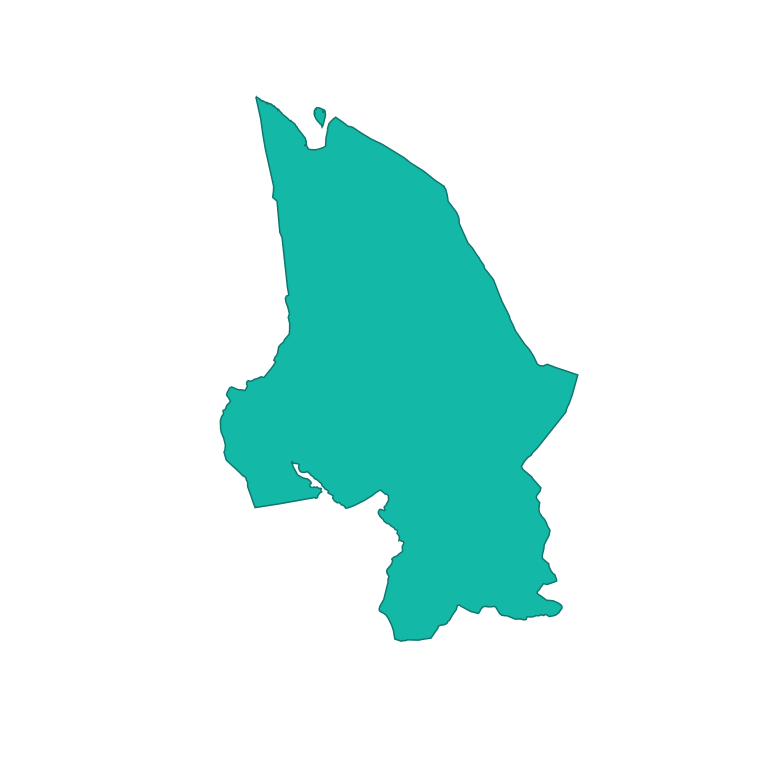 outline of Labuhan Batu Utara, Sumatera Utara, Indonesia, rotated 309°
{"feature_id": "22746128B7095356521044", "entity_name": "Labuhan Batu Utara", "entity_type": "district", "adm_level": 2, "iso_a3": "IDN", "parent_name": "Indonesia", "parent_adm1": "Sumatera Utara", "projection": "natural_earth1", "projection_center": [99.755, 2.426], "detail": "fine", "context": "isolated", "style": "filled", "palette": "teal", "viewbox_px": 768, "rotation_deg": 309, "n_neighbors": 0, "source": "geoboundaries", "source_scale": "gbopen_adm2", "svg_char_len": 6160}
<svg xmlns="http://www.w3.org/2000/svg" viewBox="0 0 768 768"><g transform="rotate(309 384 384)"><path d="M230.4,302.5L225.6,309.3L224.4,327.5L223.8,332.3L224.5,333.6L223.8,336.5L222.9,337.1L222.0,339.6L221.5,340.1L218.4,342.7L206.8,361.6L224.9,378.0L252.3,401.7L252.4,403.0L252.9,403.5L254.0,403.7L255.7,402.9L257.8,402.7L258.9,402.7L261.0,403.5L261.6,401.8L263.3,401.0L263.0,400.3L261.8,399.0L261.9,396.8L260.8,396.2L260.0,394.5L258.4,393.5L257.9,392.5L257.8,391.5L258.1,390.5L258.8,389.8L261.2,389.9L262.0,388.2L262.2,384.5L260.1,380.5L259.0,374.8L259.2,373.6L262.9,364.8L263.9,363.7L264.4,362.2L264.9,361.6L265.8,361.4L265.6,363.7L267.7,367.0L268.0,368.2L267.5,369.1L265.9,369.7L264.9,370.7L263.8,372.6L263.3,374.1L263.9,376.0L265.3,377.9L267.8,379.7L267.5,380.6L267.7,382.6L267.1,384.3L267.4,387.1L266.7,389.4L267.5,392.2L267.1,398.4L266.1,399.7L265.8,402.9L265.3,404.2L265.9,406.9L265.8,408.1L265.5,408.6L264.4,408.7L264.1,409.1L265.2,414.6L262.9,416.2L262.0,418.9L262.2,422.5L263.4,423.4L263.7,424.5L263.3,427.0L264.0,428.7L264.1,429.9L263.4,432.4L265.1,434.0L270.9,437.4L281.2,442.0L290.0,445.1L293.5,445.8L298.8,447.5L299.5,449.3L299.2,454.0L300.1,455.8L300.2,456.5L299.9,457.5L299.0,458.6L296.1,460.9L292.7,461.3L291.4,461.9L288.5,461.5L286.6,464.2L286.0,464.1L284.5,460.4L283.6,459.5L281.2,460.0L279.8,461.2L278.5,464.8L278.2,468.9L277.4,470.3L277.5,473.8L278.5,476.3L278.1,478.7L278.6,482.3L277.9,484.0L278.6,486.3L277.8,487.4L276.2,488.0L275.7,490.2L274.9,492.2L271.7,494.2L272.7,494.7L272.8,496.2L273.7,498.3L273.1,499.5L269.1,500.5L265.9,503.5L264.8,503.7L261.5,502.6L259.2,502.4L257.3,501.7L255.6,500.6L252.8,500.2L252.3,501.6L250.5,502.7L247.3,503.3L242.1,503.1L240.2,503.9L238.9,505.3L237.7,508.9L234.6,510.1L232.5,511.9L216.2,519.5L208.9,520.6L205.6,522.1L204.8,523.8L205.6,528.4L205.7,531.3L204.4,535.2L201.2,542.0L198.4,546.4L192.6,552.9L195.0,559.3L196.9,560.5L197.6,561.8L200.0,563.3L206.8,572.2L209.7,574.5L216.1,580.4L228.4,579.5L229.5,578.7L230.0,578.7L232.0,579.7L234.6,582.1L236.5,583.2L237.6,583.5L239.8,583.1L242.1,583.5L247.2,582.6L253.6,582.2L255.0,581.8L257.8,580.4L258.9,580.9L259.7,582.1L259.7,583.5L261.8,594.5L264.9,601.6L266.4,601.8L270.8,600.9L273.7,601.5L274.7,602.4L275.6,604.0L276.0,603.9L276.3,605.1L277.7,606.9L280.8,610.0L280.9,611.3L278.4,618.2L278.3,620.7L279.5,623.0L281.4,625.7L283.8,633.8L287.0,637.6L288.8,641.2L290.4,642.7L292.7,641.8L293.5,642.1L295.3,644.7L297.4,646.7L299.6,647.9L301.5,650.4L303.5,651.3L304.6,653.9L305.9,654.1L306.8,655.1L307.1,656.4L307.2,658.7L310.5,661.5L313.1,663.1L316.3,663.8L321.6,663.4L322.4,663.0L323.5,661.6L323.7,659.7L323.4,657.1L321.9,651.7L318.2,646.3L318.1,641.6L317.6,635.7L318.0,634.3L319.4,633.8L321.8,634.2L324.0,633.8L329.1,633.6L329.6,634.1L330.4,636.3L331.4,637.3L339.1,642.0L339.7,642.0L340.4,641.4L343.1,637.1L343.3,636.3L343.0,634.8L344.0,631.0L346.3,626.7L347.9,625.3L348.1,617.9L348.7,616.1L351.1,614.5L356.6,611.9L359.8,609.7L370.5,607.4L374.8,605.0L376.4,600.7L378.3,597.5L379.9,593.7L380.3,590.4L381.8,585.8L384.5,582.9L389.8,579.6L390.8,575.2L391.7,573.7L393.4,572.9L398.9,572.7L402.0,571.3L404.0,559.3L404.8,557.0L405.0,545.8L406.3,542.7L412.6,541.8L417.4,542.0L421.4,543.2L424.0,542.7L430.3,543.4L476.5,543.0L480.7,541.2L485.3,540.2L494.3,537.0L513.0,528.9L504.9,507.2L502.0,498.4L498.2,496.4L496.3,493.6L496.0,490.5L499.7,482.7L502.2,475.5L503.6,467.8L508.0,452.8L510.6,447.9L513.8,441.1L515.4,439.0L517.0,435.8L522.4,423.7L534.0,403.3L536.5,392.6L536.8,390.1L539.2,386.6L540.7,381.1L541.9,378.4L543.0,373.9L545.1,367.9L546.4,360.6L556.0,341.6L560.2,337.7L563.0,332.4L566.4,318.8L570.7,314.2L574.4,309.0L574.6,306.9L575.4,306.5L574.4,295.0L574.4,281.1L572.5,265.1L572.5,257.2L569.2,232.1L566.2,219.4L564.7,208.2L563.8,198.2L562.7,195.5L561.6,193.8L561.6,187.5L560.9,178.6L558.0,177.8L553.5,177.4L551.9,177.4L549.4,178.3L546.8,179.5L546.1,180.3L538.5,184.2L532.3,188.8L529.5,188.0L524.7,184.9L522.1,182.4L519.5,178.7L518.9,176.7L519.6,176.4L520.0,174.7L521.0,173.4L519.9,173.0L519.4,172.2L519.9,172.1L520.8,172.7L521.7,172.5L523.9,170.7L523.7,170.3L525.5,168.1L527.8,158.0L528.6,155.2L529.1,154.7L528.8,153.9L529.9,151.4L529.7,151.0L530.0,150.3L529.9,146.7L529.5,146.2L529.9,145.9L529.6,145.8L529.4,143.3L529.7,142.9L529.8,141.6L529.8,135.6L529.9,134.3L530.4,133.5L530.2,132.2L530.9,129.8L530.3,129.5L530.7,129.4L530.5,128.9L530.8,128.8L530.7,128.3L530.9,128.2L530.4,126.5L530.8,125.0L530.6,124.7L530.8,124.2L530.5,124.2L530.7,123.5L530.3,123.2L530.6,121.9L530.2,121.5L530.5,121.1L530.5,120.0L529.7,118.2L529.0,118.1L529.4,117.1L529.2,116.1L528.3,116.3L528.8,115.5L528.7,115.2L528.3,115.3L528.1,112.8L527.9,112.1L527.6,112.3L527.8,112.0L527.3,111.7L527.4,110.6L527.0,110.3L527.3,108.7L527.0,105.2L526.3,104.4L526.5,104.2L526.1,104.2L512.4,121.4L501.7,132.8L491.7,144.2L468.3,173.7L464.4,176.7L459.0,180.0L458.8,185.8L436.3,207.6L433.5,212.8L398.5,248.0L393.3,254.0L391.0,252.9L388.6,253.4L386.0,256.1L383.4,260.6L379.1,266.3L375.6,267.6L371.6,272.7L366.5,276.7L363.1,279.0L355.8,278.8L353.3,279.5L349.8,278.8L346.5,278.8L341.3,281.7L339.1,282.5L336.2,282.5L333.1,283.4L332.9,286.0L326.2,286.6L313.5,286.6L312.3,284.0L307.8,281.7L305.8,280.1L303.8,279.8L302.2,278.5L301.1,276.4L299.1,276.1L297.7,277.1L296.2,279.3L291.4,280.2L290.3,277.7L287.7,274.1L285.8,267.4L283.6,266.5L278.2,267.7L276.4,268.5L275.2,272.6L273.9,275.6L268.3,275.3L264.7,276.6L262.0,275.6L260.0,277.9L259.0,278.3L257.2,278.2L254.3,279.1L252.3,280.1L246.4,285.2L244.1,287.9L240.7,294.0L236.8,299.1L232.5,302.0L230.4,302.5ZM554.5,157.6L552.1,158.1L551.3,158.8L551.6,158.8L551.4,159.3L551.2,158.9L550.5,159.4L550.8,159.5L550.9,159.2L550.9,159.4L550.0,160.5L549.4,160.9L550.0,159.9L548.7,161.4L547.2,164.4L547.0,165.9L546.6,166.3L546.5,167.5L546.7,167.8L546.3,168.7L546.3,169.8L545.9,170.6L546.2,171.2L545.6,172.8L544.7,174.2L546.7,173.8L554.3,170.3L556.8,168.8L558.8,166.6L559.6,164.6L558.8,165.6L558.9,164.5L556.4,166.2L557.0,165.4L558.7,164.2L558.4,163.2L558.7,162.5L558.3,162.1L558.1,160.3L556.4,157.8L555.9,157.9L555.7,158.5L555.7,157.8L555.1,157.6L555.4,157.9L555.2,157.9L555.2,158.6L554.9,158.0L554.6,158.2L554.5,157.6Z" fill="#14b8a6" stroke="#0f766e" stroke-width="1.5"/></g></svg>